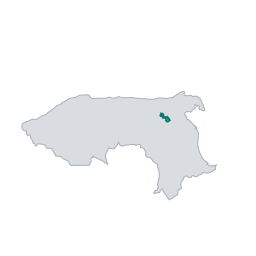 location of Chachapoyas, Amazonas, Peru, rotated 116°
{"feature_id": "86281439B12993203122991", "entity_name": "Chachapoyas", "entity_type": "district", "adm_level": 2, "iso_a3": "PER", "parent_name": "Peru", "parent_adm1": "Amazonas", "projection": "robinson", "projection_center": [-77.817, -6.465], "detail": "fine", "context": "in_parent", "style": "filled", "palette": "teal", "viewbox_px": 256, "rotation_deg": 116, "n_neighbors": 0, "source": "geoboundaries", "source_scale": "gbopen_adm2", "svg_char_len": 5641}
<svg xmlns="http://www.w3.org/2000/svg" viewBox="0 0 256 256"><g transform="rotate(116 128 128)"><path d="M175.3,75.6L175.2,76.3L174.5,76.6L173.8,76.2L172.7,76.3L171.2,74.7L167.5,75.0L165.9,76.8L163.5,77.2L160.8,78.1L157.8,78.5L153.0,81.4L151.9,82.6L149.8,84.4L148.0,85.0L147.2,90.4L145.5,93.6L144.8,95.3L145.7,97.9L145.7,99.2L144.7,100.2L143.9,100.3L142.3,101.4L139.9,103.8L139.4,105.7L140.2,108.1L140.0,108.4L138.0,108.8L138.0,110.2L137.6,110.7L139.3,112.6L140.2,113.1L140.3,113.6L140.1,114.1L139.7,114.3L139.7,114.7L140.9,116.2L141.8,119.0L143.5,120.5L143.6,121.4L144.1,122.3L145.0,123.0L147.1,125.9L147.2,127.2L144.9,130.3L148.6,130.3L152.6,131.3L153.2,131.8L153.7,133.2L153.7,134.1L154.5,134.9L154.5,136.6L159.8,136.6L163.2,136.2L168.8,131.0L169.7,130.6L169.2,131.7L169.2,132.5L169.5,133.4L168.8,134.7L168.7,147.2L169.7,146.5L171.0,147.7L171.9,147.8L175.0,146.3L178.6,146.6L186.7,163.0L186.0,164.1L186.0,164.9L185.0,165.6L184.0,166.9L183.9,173.5L183.0,175.4L183.5,176.5L183.9,178.5L184.6,179.8L184.8,180.6L184.7,180.9L183.6,181.6L183.5,182.8L181.4,185.1L181.0,186.7L180.3,187.2L180.1,189.0L181.9,191.8L180.7,193.6L179.6,196.1L181.4,201.5L182.2,202.3L183.0,202.2L184.2,202.7L184.8,203.5L183.3,204.5L183.1,204.9L183.2,206.7L181.5,208.0L179.3,211.4L178.7,211.6L177.5,212.6L177.3,213.1L177.5,213.6L178.5,214.6L178.5,215.8L176.9,217.3L175.8,217.5L175.4,217.9L175.8,220.0L175.8,220.9L175.4,222.0L174.6,223.2L172.3,224.5L170.1,224.7L166.5,221.6L165.3,220.3L161.7,217.7L161.2,214.9L160.0,213.6L157.7,212.6L156.0,211.2L154.7,210.5L151.4,207.4L148.4,206.4L142.8,203.1L139.8,202.0L136.0,199.0L133.9,198.2L132.2,196.7L127.1,193.7L126.4,192.7L125.6,191.2L124.5,190.3L123.2,188.3L121.3,187.1L119.5,185.5L117.3,181.2L116.2,180.2L116.2,178.2L115.4,177.3L116.5,176.7L117.2,173.7L116.8,172.1L114.3,168.0L113.8,166.3L111.9,163.2L111.2,161.3L109.7,160.0L109.1,158.8L108.3,158.3L108.2,156.8L107.6,154.1L106.8,152.7L103.8,150.1L103.5,147.3L102.9,145.4L98.7,137.5L96.3,129.9L94.2,125.6L93.4,123.2L93.3,121.9L91.8,119.7L91.0,117.6L87.6,113.7L85.6,109.2L85.3,107.9L84.0,105.5L81.8,102.4L80.8,101.1L74.2,97.2L71.1,94.9L70.8,93.6L70.9,92.9L71.6,92.3L72.5,92.8L73.1,92.6L73.5,91.7L73.5,90.4L73.0,88.7L70.9,85.5L71.4,84.0L69.3,80.2L69.8,76.5L70.3,75.6L73.4,71.9L74.3,70.3L75.7,69.3L77.1,67.8L78.7,66.7L79.2,67.0L79.7,69.0L79.6,70.4L80.1,71.8L78.9,73.2L77.7,72.9L77.2,73.2L77.0,73.9L77.2,74.9L77.5,75.3L78.5,75.3L77.2,77.3L77.3,77.7L78.2,78.0L79.0,77.5L79.9,76.4L80.5,76.3L83.6,78.2L85.1,77.9L86.3,78.8L86.4,80.2L88.0,82.9L90.4,83.6L90.8,83.4L91.3,82.4L91.8,82.2L91.9,80.7L94.0,79.1L94.3,78.0L94.0,77.2L94.1,76.6L95.3,73.0L95.6,72.6L96.0,71.5L96.5,70.8L97.2,66.8L97.7,66.8L98.3,67.7L98.9,67.5L98.6,66.6L98.7,66.3L101.0,63.1L101.7,62.4L112.7,57.9L118.2,53.4L123.1,47.0L124.6,40.6L125.1,41.1L126.1,40.9L125.7,38.3L126.0,37.1L125.9,36.7L124.4,35.2L123.8,33.5L122.5,32.5L122.5,32.2L123.9,32.5L125.2,32.4L126.3,31.3L127.1,31.4L128.9,32.9L130.2,33.0L130.7,34.0L132.0,34.8L133.8,37.0L134.7,39.4L134.6,39.9L135.4,41.1L137.2,41.7L139.0,43.5L140.8,44.1L141.7,45.7L142.2,46.2L142.4,47.1L142.1,48.2L142.4,48.8L143.8,49.7L144.9,49.8L145.2,50.2L145.9,52.9L145.4,54.2L145.6,54.9L147.1,55.6L147.6,56.2L148.8,56.3L150.5,55.7L152.7,56.5L154.3,56.2L155.1,56.0L155.9,55.4L156.5,55.4L158.2,53.8L158.7,53.6L160.5,54.4L162.0,55.5L163.9,55.3L164.6,54.6L166.0,54.2L168.4,55.6L169.0,56.3L169.6,56.4L172.3,57.8L172.7,58.4L174.1,59.0L174.4,59.4L174.3,59.9L168.1,70.8L170.0,71.7L171.8,71.2L172.7,71.9L173.4,73.7L174.8,74.8L175.3,75.6Z" fill="#d9dde1" stroke="#a8b0b8" stroke-width="1"/><path d="M102.6,104.4L102.8,104.4L102.8,104.2L103.0,104.0L103.1,103.9L103.0,103.7L102.9,103.5L102.9,103.4L102.8,103.2L102.7,103.1L102.7,102.9L102.6,102.7L102.8,102.6L102.8,102.3L102.8,102.2L102.7,102.1L102.8,102.0L102.8,101.8L102.8,101.7L102.8,101.4L102.8,101.2L103.0,101.2L103.1,101.3L103.3,101.4L103.5,101.2L103.8,100.8L103.8,100.7L103.7,100.6L103.5,100.4L103.4,100.4L103.3,100.5L103.2,100.4L103.1,100.2L102.9,100.1L103.0,100.1L102.9,100.0L103.0,99.9L102.9,99.8L102.9,99.7L102.9,99.4L102.9,99.2L102.8,98.9L102.8,98.7L102.7,98.6L102.8,98.3L102.9,98.2L103.0,98.1L103.1,97.9L103.3,97.8L103.5,97.8L103.6,97.7L103.8,97.6L103.9,97.3L104.0,97.2L104.1,97.3L104.2,97.5L104.3,97.5L104.5,97.5L104.7,97.3L104.7,97.2L104.8,97.0L104.8,96.9L104.8,96.7L105.0,96.6L105.2,96.4L105.3,96.3L105.3,96.2L105.2,96.1L105.2,95.9L105.1,95.7L105.0,95.4L105.0,95.2L104.9,95.2L104.7,94.9L104.5,94.7L104.4,94.6L104.2,94.6L104.2,94.4L103.9,94.3L103.7,94.2L103.3,94.0L103.2,93.9L103.0,93.7L102.9,93.7L102.7,93.7L102.7,93.8L102.5,94.0L102.4,94.2L102.3,94.5L102.2,94.6L102.2,94.8L102.2,95.0L102.3,95.3L102.4,95.5L102.2,95.6L101.9,95.6L101.7,95.5L101.6,95.3L101.4,95.3L101.4,95.5L101.3,95.8L101.3,96.0L101.2,96.1L101.3,96.3L101.3,96.5L101.2,96.5L101.2,96.8L101.0,97.0L100.9,97.1L101.0,97.2L100.9,97.3L101.0,97.3L101.0,97.5L101.1,97.8L101.1,98.0L101.3,98.1L101.3,98.3L101.4,98.5L101.5,98.6L101.5,98.8L101.7,99.0L101.7,99.3L101.8,99.5L101.9,99.8L102.0,99.9L102.0,100.0L102.0,100.3L102.1,100.5L102.1,100.8L102.1,101.0L102.3,101.2L102.3,101.3L102.3,101.5L102.2,101.7L102.1,101.8L102.0,102.0L101.9,102.0L101.7,101.9L101.7,102.0L101.4,102.0L101.4,101.9L101.3,101.7L101.2,101.6L100.9,101.7L100.8,101.8L100.7,101.8L100.4,101.9L100.4,102.0L100.1,102.1L100.1,102.3L100.2,102.5L100.2,102.8L100.3,102.9L100.2,103.0L100.3,103.1L100.2,103.1L100.1,103.3L100.3,103.3L100.4,103.5L100.4,103.9L100.3,104.0L100.4,104.3L100.4,104.5L100.5,104.4L100.8,104.6L101.0,104.6L101.3,104.6L101.5,104.4L101.6,104.5L101.9,104.6L101.9,104.4L102.0,104.4L102.2,104.5L102.3,104.4L102.5,104.2L102.5,104.3L102.6,104.4Z" fill="#14b8a6" stroke="#0f766e" stroke-width="1.5"/></g></svg>